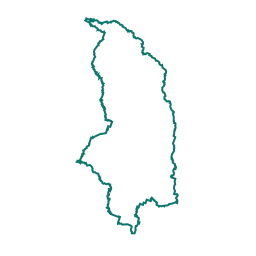 the district of Inverell, New South Wales, Australia, rotated 11°
{"feature_id": "25037944B83825062814696", "entity_name": "Inverell", "entity_type": "district", "adm_level": 2, "iso_a3": "AUS", "parent_name": "Australia", "parent_adm1": "New South Wales", "projection": "mercator", "projection_center": [150.906, -29.438], "detail": "fine", "context": "isolated", "style": "outline", "palette": "teal", "viewbox_px": 256, "rotation_deg": 11, "n_neighbors": 0, "source": "geoboundaries", "source_scale": "gbopen_adm2", "svg_char_len": 5758}
<svg xmlns="http://www.w3.org/2000/svg" viewBox="0 0 256 256"><g transform="rotate(11 128 128)"><path d="M190.5,192.3L190.5,190.7L189.6,190.5L190.0,189.3L188.4,187.5L189.6,185.2L189.2,184.5L189.4,184.0L188.7,183.5L186.6,184.2L185.8,184.0L186.2,181.0L184.8,178.8L184.5,177.1L184.5,175.5L185.1,174.2L184.0,171.7L184.2,168.8L180.6,168.3L180.7,167.8L179.5,167.6L179.7,166.3L181.6,165.6L181.9,163.4L181.1,162.7L180.5,160.9L181.0,159.2L182.4,159.4L182.6,158.0L182.1,157.9L182.3,157.2L181.8,157.1L181.9,156.5L181.2,156.1L181.2,154.7L178.5,153.3L178.5,151.8L178.0,151.7L177.8,150.5L176.9,150.4L177.1,149.2L176.2,148.8L176.2,145.4L177.7,141.5L177.0,139.9L177.4,139.0L176.6,137.8L176.9,137.0L175.1,134.7L176.2,128.0L174.2,127.0L174.5,125.3L174.0,122.1L174.6,121.2L174.1,120.3L174.5,120.1L174.7,118.5L173.8,116.7L174.1,115.8L173.5,114.2L172.5,114.3L172.6,113.9L171.7,113.0L171.9,112.3L171.4,111.8L170.9,108.6L169.2,104.9L170.0,104.3L169.9,103.4L167.4,102.1L165.4,99.1L165.4,96.7L164.8,95.4L164.1,95.4L164.1,94.0L163.2,93.8L161.0,94.6L159.2,93.0L158.4,92.9L157.8,90.5L158.7,89.4L156.9,86.3L155.7,86.3L154.4,84.4L154.0,81.6L155.1,80.2L155.7,78.3L155.2,77.9L155.2,76.5L154.1,76.4L153.6,75.7L154.9,74.1L155.0,72.7L154.1,70.2L154.7,69.4L153.6,68.4L153.8,67.7L154.6,67.4L154.7,66.6L154.7,65.3L153.9,63.9L150.3,62.1L149.5,59.7L148.9,60.2L147.3,59.7L146.4,58.9L146.4,58.1L145.6,57.1L143.8,56.4L142.6,56.6L141.3,54.7L138.0,54.0L137.3,52.8L136.2,52.8L135.4,51.8L135.0,52.0L134.9,51.1L132.6,50.8L131.4,51.6L131.3,52.1L129.2,52.7L129.3,52.1L128.5,52.2L127.7,51.3L128.2,50.8L127.4,49.7L127.5,48.8L128.1,48.4L128.0,46.2L126.0,45.6L126.2,44.1L125.4,43.0L126.6,42.6L126.3,40.9L124.5,39.0L121.1,37.9L120.1,37.8L119.3,38.5L118.1,38.4L117.4,37.4L116.5,37.7L116.5,37.0L115.8,36.6L115.6,34.4L115.0,33.6L114.0,33.6L113.1,32.3L111.7,32.3L111.2,33.1L110.7,33.2L110.0,32.3L109.4,33.0L108.9,32.0L108.2,32.2L106.6,30.4L103.2,29.5L103.2,28.4L101.6,27.9L100.7,28.2L99.2,26.8L98.0,26.7L97.5,25.9L96.1,26.2L95.7,25.4L93.2,25.5L92.7,26.3L91.1,26.8L91.1,27.7L89.1,27.9L87.9,28.9L87.0,27.5L83.5,29.3L82.5,30.8L81.7,29.8L81.1,29.8L80.9,30.4L78.9,30.1L78.9,29.3L76.8,28.2L74.5,29.0L73.7,27.8L73.1,28.4L73.8,29.2L73.5,30.1L71.6,30.2L70.6,29.4L72.0,28.9L71.9,28.3L70.5,28.0L69.3,29.0L66.2,28.4L66.2,29.4L65.5,30.5L69.1,31.7L70.0,31.1L70.3,32.1L71.2,32.9L71.1,33.7L72.1,34.7L72.6,33.8L73.8,34.9L76.2,34.5L77.0,35.4L78.8,35.9L79.4,36.5L79.4,37.3L79.7,37.0L80.5,37.7L82.5,37.4L83.3,38.5L84.6,38.8L86.0,38.1L85.9,38.8L87.0,39.0L86.1,44.2L86.9,45.6L85.6,46.7L85.2,47.8L83.9,48.2L83.7,49.8L83.2,49.7L82.7,50.5L83.2,52.2L82.8,52.2L80.2,57.5L80.0,59.7L81.0,61.4L80.6,62.3L82.3,64.5L81.5,65.6L81.2,68.6L80.4,69.8L80.8,70.5L80.2,71.8L81.1,73.3L81.9,73.1L82.3,73.6L81.8,74.9L82.6,74.8L82.4,75.2L83.0,76.1L82.7,76.6L84.4,77.6L84.3,78.3L85.0,79.1L86.4,79.2L86.1,80.1L86.7,80.0L86.5,81.3L87.9,82.0L88.6,81.0L88.7,82.2L89.5,83.1L90.1,82.5L90.5,82.9L90.4,84.5L90.9,83.9L91.5,84.4L92.5,84.1L92.3,85.0L92.9,85.6L92.8,86.7L93.7,87.1L93.5,87.8L94.4,88.4L94.3,88.8L95.5,89.0L94.9,89.9L95.8,91.0L95.0,92.8L95.8,94.0L95.5,96.1L96.4,96.1L96.1,98.0L97.1,98.4L96.6,99.7L97.0,100.1L96.4,103.1L95.5,105.2L96.4,105.3L96.0,106.2L97.1,106.1L96.6,107.0L97.2,107.6L97.1,108.1L98.2,108.7L97.8,109.8L98.7,110.2L98.4,111.0L99.3,111.1L99.5,112.0L100.7,111.8L101.3,112.8L101.4,113.2L100.7,113.5L101.1,114.1L101.7,113.9L101.7,114.5L101.0,114.7L101.4,114.7L101.2,115.2L102.2,116.4L102.4,117.5L103.1,117.9L103.7,119.2L103.1,120.0L103.8,120.9L103.4,121.6L104.5,122.3L104.2,124.3L106.7,124.7L106.9,123.8L109.9,124.3L109.8,124.7L111.2,125.0L110.4,130.3L108.2,130.0L107.8,132.5L108.5,132.6L108.3,133.8L107.6,133.7L107.4,137.2L101.6,139.4L96.7,143.0L95.5,144.4L95.1,143.9L94.9,144.6L93.7,144.4L92.8,151.0L93.2,151.1L92.9,152.9L91.3,153.9L91.0,154.5L91.3,155.7L89.9,156.6L89.7,157.5L88.3,158.6L89.0,159.3L88.9,161.3L89.4,161.6L88.6,161.9L88.8,162.6L88.0,162.8L88.5,164.3L87.7,164.9L88.1,165.4L87.3,167.4L87.4,168.3L86.6,168.9L86.7,169.5L85.4,169.7L85.8,170.1L85.4,170.6L84.6,170.3L84.2,170.9L86.9,171.2L87.0,170.4L87.7,169.8L88.2,170.0L88.5,171.0L89.1,170.0L90.4,170.6L91.5,170.3L92.4,171.1L93.4,170.3L95.0,172.7L97.5,171.6L99.3,172.5L101.0,174.5L100.9,175.9L102.3,178.1L104.1,177.7L105.7,178.5L107.5,178.5L108.1,180.1L108.8,180.5L108.7,181.1L110.1,181.8L109.6,183.4L110.5,183.6L110.4,184.3L111.6,184.8L111.5,185.2L113.0,185.8L113.4,187.0L114.8,187.4L115.6,186.7L117.5,187.3L119.5,186.4L119.9,187.0L121.3,186.9L121.3,188.3L122.3,188.8L123.1,190.7L122.6,192.9L121.4,191.3L120.8,191.5L121.4,193.9L120.9,194.6L121.0,196.0L122.1,196.5L121.9,197.9L120.9,198.0L120.7,198.8L121.8,201.2L122.6,200.7L123.6,201.2L123.6,201.9L122.7,203.4L123.3,206.3L122.6,207.0L123.4,209.0L122.4,210.3L123.5,210.7L124.3,210.1L125.0,210.9L125.2,211.6L124.3,213.5L126.0,214.5L126.0,213.6L126.6,213.5L127.2,214.7L126.9,215.2L127.9,215.4L127.8,215.8L135.9,217.2L136.0,216.6L137.1,216.8L136.2,222.9L136.4,223.9L137.7,223.0L138.3,223.6L139.6,223.1L140.8,223.9L146.0,222.6L149.6,223.3L150.5,224.2L150.2,227.1L151.0,228.9L151.6,229.1L151.9,230.6L154.5,230.2L155.0,226.9L154.3,224.5L154.4,222.8L155.4,222.5L156.2,219.7L157.1,219.8L157.3,218.4L155.7,218.1L156.0,215.3L155.6,214.1L154.6,214.0L153.6,212.4L152.7,212.2L152.6,213.3L152.0,213.2L152.1,212.3L151.7,212.4L151.5,211.8L152.3,211.0L152.8,208.5L152.1,208.4L152.6,206.0L151.7,205.9L152.1,203.3L153.6,203.9L154.2,200.2L157.3,200.6L157.6,198.2L159.5,198.5L160.0,194.8L164.3,195.4L164.7,193.2L164.0,193.1L164.6,191.9L165.6,192.5L165.5,193.2L167.6,193.8L167.6,194.3L170.0,195.2L170.0,195.6L170.8,195.9L170.4,196.7L170.8,198.1L172.6,198.4L173.4,199.2L173.9,198.5L175.7,198.5L177.5,197.6L178.4,198.0L178.6,197.3L181.6,196.4L182.6,195.6L182.9,194.7L185.8,193.8L188.6,192.0L190.5,192.3Z" fill="none" stroke="#0f766e" stroke-width="2"/></g></svg>